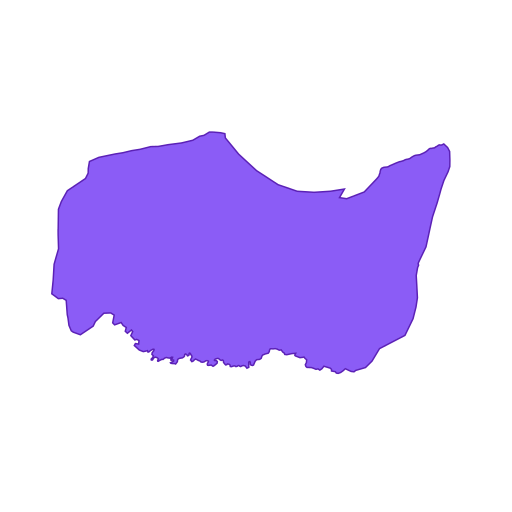 Doma, Nassarawa, Nigeria, rotated 261°
{"feature_id": "59680162B87556890682936", "entity_name": "Doma", "entity_type": "district", "adm_level": 2, "iso_a3": "NGA", "parent_name": "Nigeria", "parent_adm1": "Nassarawa", "projection": "natural_earth1", "projection_center": [8.177, 8.137], "detail": "fine", "context": "isolated", "style": "filled", "palette": "violet", "viewbox_px": 512, "rotation_deg": 261, "n_neighbors": 0, "source": "geoboundaries", "source_scale": "gbopen_adm2", "svg_char_len": 4431}
<svg xmlns="http://www.w3.org/2000/svg" viewBox="0 0 512 512"><g transform="rotate(261 256 256)"><path d="M238.4,425.3L249.4,429.6L255.9,432.1L267.1,436.5L280.1,443.2L288.0,446.9L293.1,449.2L301.2,453.4L309.2,458.9L314.0,461.4L320.4,462.5L329.0,463.6L333.2,462.2L337.3,459.0L336.6,456.8L336.6,456.1L336.8,455.4L336.9,454.9L337.1,454.3L336.7,453.2L336.4,452.7L335.8,451.3L335.6,450.3L335.2,450.0L334.9,449.1L334.8,448.5L335.0,448.0L334.9,447.6L334.9,446.8L334.8,446.2L335.0,445.5L335.0,444.9L335.0,444.7L334.7,443.8L333.4,441.9L332.4,440.1L331.6,438.0L330.7,434.7L330.4,433.6L330.5,430.5L330.5,429.2L330.3,428.0L329.3,425.3L328.2,423.2L328.0,422.0L327.9,421.3L327.9,419.5L327.7,418.2L327.4,417.5L327.1,416.5L326.9,415.2L326.7,413.5L326.7,412.5L325.8,408.4L324.6,403.9L324.3,402.5L323.5,400.5L323.4,399.5L323.5,397.8L323.6,396.2L323.1,394.0L322.1,392.8L320.2,391.9L318.7,391.5L317.4,390.7L315.7,389.9L314.9,389.1L313.4,387.4L302.3,372.9L298.4,354.5L300.6,347.6L308.3,353.8L308.3,339.8L309.8,323.4L313.5,306.8L323.0,288.9L329.1,282.2L334.0,276.8L340.2,269.9L359.3,254.8L368.9,249.2L376.2,244.9L377.4,244.2L381.7,244.4L383.3,240.3L385.0,233.4L385.7,229.3L383.3,223.5L383.1,219.1L380.2,211.7L379.6,204.1L379.3,199.9L379.7,186.7L379.5,176.6L380.5,169.2L379.5,158.2L379.5,149.6L378.8,140.6L378.8,132.7L378.0,116.2L375.4,106.3L368.6,104.0L364.1,103.2L359.2,99.7L350.0,79.9L340.3,72.3L333.1,68.2L313.4,64.8L313.2,64.7L308.0,63.9L294.0,62.1L285.5,58.1L279.4,55.3L263.9,51.9L250.6,48.4L244.8,54.1L244.5,58.5L241.9,61.6L227.5,60.4L224.3,60.6L216.8,60.4L211.1,61.8L209.4,63.5L205.7,70.2L212.2,84.2L216.4,87.1L223.3,96.8L222.5,103.6L219.8,106.7L212.4,104.0L210.1,105.6L211.4,112.4L208.2,113.9L205.7,116.7L202.1,115.1L199.8,116.9L202.4,121.4L200.6,122.4L196.9,119.9L192.0,123.2L192.3,125.2L190.8,127.2L187.4,126.3L188.4,123.2L186.6,121.8L181.4,126.0L179.2,129.7L179.3,132.3L179.5,134.0L178.0,134.3L178.0,135.1L179.3,137.4L180.1,139.8L179.7,140.7L178.4,140.2L176.7,138.3L175.1,137.8L173.5,139.0L171.8,138.0L170.8,136.5L169.9,136.2L169.5,136.7L169.5,137.5L170.4,138.3L171.2,138.9L171.9,140.5L171.3,142.0L170.6,142.9L169.6,143.5L168.3,142.5L167.5,142.5L167.3,143.0L168.0,144.7L168.6,146.8L168.4,148.0L169.4,149.7L169.8,151.5L169.1,153.2L168.6,155.0L169.3,156.9L169.0,157.8L168.1,157.3L167.5,155.9L166.6,155.6L166.2,156.2L166.4,157.6L166.0,158.4L165.0,158.1L163.9,154.8L163.3,155.2L162.8,156.8L162.5,158.6L161.9,159.7L163.9,161.8L166.0,162.4L166.7,163.6L166.9,165.0L166.9,167.4L167.6,168.9L168.3,169.7L169.9,170.2L170.3,171.0L170.0,171.5L169.2,172.3L168.1,172.7L168.2,173.6L168.7,174.4L170.3,174.7L170.5,175.4L169.8,176.0L168.6,176.2L168.0,176.8L166.5,177.0L165.6,176.6L164.4,175.6L163.5,175.1L162.9,175.6L161.8,175.9L161.7,176.4L162.2,177.8L163.0,178.7L163.7,180.1L162.8,181.6L161.9,182.6L161.2,184.1L160.0,185.0L159.5,186.2L159.5,188.1L160.4,190.1L160.3,191.3L159.6,192.6L158.7,192.3L157.5,191.2L156.5,190.9L155.7,191.1L155.4,191.9L155.3,194.7L153.8,196.3L154.3,197.7L155.5,199.7L156.2,200.8L157.8,201.3L158.9,200.5L159.1,199.0L159.7,198.6L160.6,199.6L160.9,201.7L160.6,203.0L159.2,204.1L158.3,205.2L158.5,206.8L157.7,207.4L155.9,207.3L153.8,208.5L153.1,209.1L153.3,210.3L153.9,210.8L153.3,212.5L152.2,213.4L150.9,213.3L150.5,214.3L150.9,216.9L150.8,217.9L150.0,218.6L149.9,219.5L150.1,220.4L150.6,221.3L150.5,222.0L149.6,222.8L149.2,223.6L149.6,224.6L149.9,226.2L149.1,228.1L146.6,229.5L147.2,231.5L151.9,232.1L152.5,232.4L152.7,233.4L151.6,233.7L149.9,233.5L149.0,234.0L148.4,235.5L148.7,236.5L152.2,238.7L153.5,240.4L153.3,243.4L154.1,245.1L156.2,246.2L157.1,247.0L157.8,249.8L158.1,252.9L159.4,254.1L161.1,254.7L162.1,255.6L161.9,257.1L161.6,258.2L161.5,260.5L160.7,262.4L159.7,263.7L159.3,264.5L159.3,266.2L157.9,266.9L156.8,267.5L155.7,268.7L154.3,269.0L153.7,270.9L154.0,276.2L153.7,280.0L152.0,278.8L151.2,279.2L148.7,283.5L148.6,286.0L148.7,287.6L147.2,288.4L145.6,289.8L142.8,289.1L140.9,287.7L139.1,288.0L138.0,288.9L137.1,293.4L135.9,295.6L134.7,297.5L134.8,299.6L133.3,301.2L134.3,303.4L136.5,305.8L135.9,307.1L133.6,311.8L132.2,312.8L130.6,312.6L129.3,316.3L127.8,317.0L127.2,318.8L127.7,321.4L129.1,324.2L130.7,326.6L128.7,329.5L127.1,331.9L126.3,334.7L127.4,336.6L128.7,346.7L134.0,354.1L145.2,363.5L154.3,390.7L165.5,398.5L168.8,400.8L169.5,401.3L180.5,406.0L189.5,408.9L201.8,410.2L211.7,411.2L219.3,413.8L221.6,415.2L222.9,414.9L224.0,415.4L226.7,417.2L238.4,425.3Z" fill="#8b5cf6" stroke="#5b21b6" stroke-width="1.5"/></g></svg>